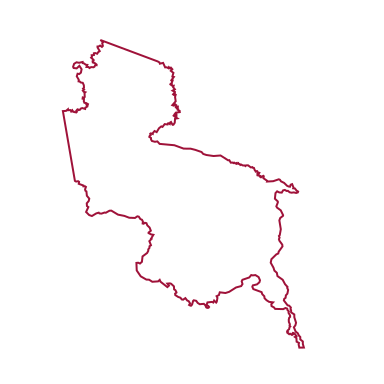 Barbacoas, Nariño, Colombia (Robinson projection), rotated 103°
{"feature_id": "7082276B69446102501587", "entity_name": "Barbacoas", "entity_type": "district", "adm_level": 2, "iso_a3": "COL", "parent_name": "Colombia", "parent_adm1": "Nariño", "projection": "robinson", "projection_center": [-78.08, 1.496], "detail": "fine", "context": "isolated", "style": "outline", "palette": "rose", "viewbox_px": 384, "rotation_deg": 103, "n_neighbors": 0, "source": "geoboundaries", "source_scale": "gbopen_adm2", "svg_char_len": 5972}
<svg xmlns="http://www.w3.org/2000/svg" viewBox="0 0 384 384"><g transform="rotate(103 192 192)"><path d="M293.4,143.2L289.4,143.4L288.0,144.6L286.4,142.6L283.5,142.4L282.9,136.7L280.9,133.3L275.1,127.6L272.6,122.9L270.3,122.1L267.8,123.5L266.2,123.1L262.4,117.0L259.6,115.6L259.6,114.1L258.7,111.5L259.9,108.0L262.7,105.9L264.8,106.0L267.4,107.9L269.3,111.7L270.8,111.9L272.8,110.4L273.9,101.7L275.8,100.5L277.3,98.1L279.2,97.4L280.7,95.0L281.7,92.2L281.3,88.2L283.5,89.5L285.3,88.8L286.0,86.2L287.2,84.7L285.6,76.8L284.0,74.8L284.2,73.0L285.8,72.2L286.5,70.8L288.0,70.8L290.2,68.7L291.6,68.3L292.6,69.0L294.6,69.0L296.8,68.4L298.8,66.9L300.2,66.9L300.9,66.0L301.8,66.6L303.8,66.5L305.6,67.8L306.6,67.9L306.8,67.1L307.7,67.4L308.7,65.3L308.0,64.6L308.8,62.4L307.7,61.3L307.1,62.2L306.6,62.0L306.6,61.3L307.1,61.1L306.9,60.2L308.9,57.8L310.1,59.1L310.8,57.4L314.3,56.4L315.0,53.8L316.6,53.8L319.5,52.4L318.4,48.0L315.2,49.8L312.7,50.4L311.3,53.3L308.9,53.9L307.8,55.6L305.8,57.2L304.7,59.6L300.9,62.3L298.7,61.3L296.0,61.2L291.1,64.1L288.3,64.8L287.0,68.3L284.8,68.9L283.9,69.7L282.3,69.7L280.9,71.8L280.9,73.4L277.0,78.1L275.4,78.1L274.0,77.0L271.6,77.3L269.6,76.2L265.8,76.3L264.0,77.7L263.0,77.6L260.9,80.6L257.1,83.9L254.7,89.8L251.6,91.2L250.1,94.0L247.4,95.6L243.2,99.4L239.6,99.5L233.8,95.8L232.5,94.1L230.6,94.1L224.7,91.6L223.0,92.2L219.8,95.9L218.4,96.7L216.8,96.4L215.3,97.4L214.3,96.8L208.3,97.1L200.0,100.5L197.5,100.2L194.8,98.0L194.1,98.0L189.9,101.4L188.1,105.6L187.0,106.6L182.8,106.0L181.9,106.3L179.9,109.7L174.3,110.4L172.2,109.2L172.8,106.9L172.4,104.4L169.9,103.6L169.1,102.0L169.7,100.1L169.3,98.8L170.3,96.8L170.3,94.9L169.5,92.7L169.5,90.3L168.6,88.8L167.7,88.7L167.2,90.3L165.4,92.6L165.6,94.2L164.8,94.1L161.8,96.2L162.7,97.5L164.8,97.7L164.9,99.0L164.6,100.7L162.4,104.3L161.6,107.7L160.3,109.1L160.1,110.3L163.2,115.3L164.9,121.1L164.3,121.0L162.5,125.5L160.5,125.6L160.2,126.2L162.2,128.1L161.8,129.1L161.0,129.1L161.0,132.0L159.8,132.3L159.7,131.1L158.2,130.7L158.0,132.5L157.1,133.1L157.6,134.1L157.2,134.1L157.0,135.5L154.6,137.1L154.7,138.4L154.2,138.8L154.8,140.2L153.4,143.4L153.9,145.3L154.7,145.8L154.3,146.5L154.7,148.6L154.2,150.2L154.8,151.0L154.1,151.7L154.1,153.3L153.5,153.5L154.4,154.8L153.7,155.1L154.4,156.2L153.9,157.6L154.5,158.1L154.2,159.2L154.7,160.8L152.6,162.8L153.0,163.9L150.0,172.4L152.1,179.1L152.7,186.3L152.4,189.6L150.9,191.7L150.2,198.3L150.1,203.0L151.6,209.9L150.4,219.7L152.4,234.4L150.5,237.1L151.4,239.4L151.3,242.5L150.1,243.7L148.6,244.1L147.9,246.0L146.6,245.8L145.9,245.1L144.6,245.8L144.1,245.3L144.3,243.3L143.3,243.4L141.0,242.2L141.6,239.9L137.3,238.5L135.0,236.7L135.2,235.4L132.0,233.9L131.7,231.0L130.6,230.9L130.3,230.3L130.8,228.9L129.2,228.9L128.5,228.2L130.7,226.3L130.9,225.7L130.5,225.2L128.4,224.4L124.4,225.0L123.5,222.9L121.8,227.0L120.3,226.1L120.8,224.4L119.9,224.6L119.8,226.3L118.3,225.6L116.9,221.9L115.7,222.3L115.1,224.4L114.3,224.3L113.9,225.8L113.3,225.9L112.6,224.9L112.0,225.0L112.7,226.8L111.0,226.8L110.2,228.3L112.0,229.1L111.8,230.7L107.3,228.3L103.2,229.9L101.1,229.8L101.5,231.6L101.1,232.4L100.0,231.8L99.7,230.9L98.3,231.2L97.6,233.7L95.8,231.8L94.2,233.9L92.6,233.8L93.0,234.9L92.0,237.3L91.5,237.2L91.5,235.9L90.2,236.3L88.0,236.0L88.3,236.8L87.9,237.3L84.0,235.6L83.9,237.1L80.1,236.9L78.7,239.9L76.8,238.8L75.6,240.5L76.5,241.1L75.6,242.6L76.7,242.8L76.2,244.6L76.6,246.2L72.7,249.2L74.2,252.2L73.1,252.8L72.5,254.7L64.5,315.5L65.9,312.2L67.2,313.0L69.7,311.7L70.9,312.4L70.0,314.5L71.1,315.6L71.5,316.8L72.5,316.5L75.5,313.6L76.9,314.9L78.6,315.5L78.4,317.6L78.9,318.8L80.6,318.4L81.3,320.5L82.8,319.9L83.8,320.5L85.4,317.6L86.1,317.4L86.9,318.3L88.1,317.8L88.3,315.6L89.3,313.6L89.9,313.5L90.0,314.8L91.8,315.2L92.6,316.0L93.0,318.4L94.3,319.8L93.5,320.9L93.9,322.9L91.7,322.6L91.9,324.1L91.0,326.1L91.0,327.4L89.9,327.8L91.5,331.1L91.6,333.7L93.6,335.7L96.8,336.0L97.8,335.2L97.5,332.2L94.4,330.1L97.2,327.2L100.7,327.1L102.4,328.4L102.5,330.1L105.2,330.3L108.1,327.6L109.7,327.4L109.6,326.2L110.3,325.2L110.2,323.0L112.3,321.4L114.7,320.7L115.7,321.4L116.5,320.2L117.7,321.2L118.7,320.1L118.8,318.4L119.7,319.0L123.5,317.9L124.4,318.6L124.4,319.7L125.7,319.6L125.7,318.2L128.0,317.8L129.3,316.9L129.1,315.3L129.8,313.1L130.8,313.2L130.6,314.5L132.3,313.3L133.8,314.9L135.1,314.8L134.9,317.8L135.8,319.2L137.1,319.7L137.7,321.0L137.1,321.9L137.4,322.3L138.9,323.0L139.7,322.2L140.5,322.6L140.6,325.1L140.1,325.6L140.5,326.7L139.5,327.1L140.6,327.9L139.5,328.7L140.2,331.2L139.3,331.5L141.3,333.0L142.2,336.0L207.5,308.6L207.9,307.3L207.1,305.4L207.5,304.3L209.5,304.2L210.1,299.3L210.9,299.1L210.5,297.6L210.9,296.5L213.4,296.8L214.7,296.2L215.2,295.0L219.3,293.6L221.6,290.6L224.0,290.6L226.7,292.0L229.3,291.2L230.0,289.6L235.3,290.7L237.6,287.0L237.9,284.1L234.4,280.5L233.1,278.2L233.7,277.4L233.4,275.3L231.7,272.6L231.6,271.3L228.8,268.2L228.3,266.4L230.7,259.0L230.5,252.5L231.2,247.4L230.1,241.7L228.0,239.8L228.0,238.3L230.0,236.2L230.3,234.5L231.8,233.2L233.8,233.0L233.8,232.0L232.6,231.0L232.6,229.4L234.6,228.0L236.2,225.3L239.0,223.4L241.3,225.2L241.8,225.1L242.5,222.4L242.4,220.0L245.8,221.1L246.6,220.8L247.0,221.5L247.7,221.4L249.5,222.5L253.1,220.0L254.4,221.2L256.1,220.9L257.7,221.7L259.2,221.4L261.5,222.0L265.9,225.7L271.3,225.1L273.4,226.6L273.0,228.5L273.6,230.2L280.9,228.2L285.7,223.0L287.6,216.8L287.1,214.1L288.4,210.5L286.7,204.9L284.9,203.7L286.5,202.5L290.2,194.6L288.4,193.4L286.8,195.4L286.0,193.0L286.1,191.7L288.0,188.4L290.9,187.5L291.4,186.1L292.9,184.8L293.5,184.5L294.8,185.6L296.2,185.1L297.4,181.8L297.6,179.5L299.0,177.8L298.9,176.4L296.9,174.6L298.8,172.3L299.1,170.7L301.0,168.8L302.7,169.4L303.1,168.0L302.9,167.2L301.6,166.6L297.8,166.4L297.1,165.9L297.1,163.4L298.8,161.5L299.6,159.2L298.3,155.3L299.4,153.5L301.2,152.2L301.5,151.1L301.1,149.9L300.2,149.5L299.4,150.5L298.8,152.4L296.1,152.1L294.6,147.8L294.9,146.4L292.8,146.0L294.3,143.6L293.4,143.2Z" fill="none" stroke="#9f1239" stroke-width="2"/></g></svg>